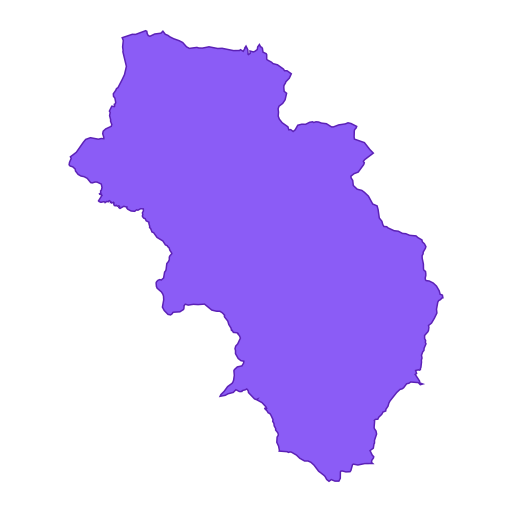 Vama Buzaului, Brasov, Romania (Albers equal-area conic projection)
{"feature_id": "2599482B50417013546573", "entity_name": "Vama Buzaului", "entity_type": "district", "adm_level": 2, "iso_a3": "ROU", "parent_name": "Romania", "parent_adm1": "Brasov", "projection": "albers", "projection_center": [25.997, 45.566], "detail": "fine", "context": "isolated", "style": "filled", "palette": "violet", "viewbox_px": 512, "rotation_deg": 0, "n_neighbors": 0, "source": "geoboundaries", "source_scale": "gbopen_adm2", "svg_char_len": 6016}
<svg xmlns="http://www.w3.org/2000/svg" viewBox="0 0 512 512"><path d="M385.7,411.0L385.9,409.3L388.0,406.2L388.9,403.0L390.1,400.8L396.7,392.5L400.0,389.4L402.0,388.9L403.6,387.8L406.6,383.8L409.0,383.2L410.7,382.0L418.3,382.6L420.3,384.7L422.7,384.0L419.9,383.0L419.5,381.0L415.2,374.4L416.6,373.5L415.6,370.5L418.4,369.8L419.2,370.2L420.4,369.6L420.3,368.9L420.9,367.3L421.5,362.2L421.4,360.0L422.0,358.1L421.5,355.2L422.8,351.7L423.9,350.5L424.1,348.2L426.0,343.8L425.4,342.6L425.6,340.4L424.6,338.6L424.6,335.5L427.9,331.7L428.5,330.3L428.9,327.4L428.5,325.5L431.5,323.1L434.4,318.2L436.9,313.0L436.5,309.2L437.8,302.1L438.7,300.6L440.5,299.6L442.0,298.0L442.9,297.8L442.4,295.1L440.1,294.2L439.2,290.8L436.5,286.1L433.2,283.0L429.2,281.0L426.2,280.6L425.5,279.9L425.2,278.1L425.8,275.6L425.8,273.7L425.5,271.4L424.0,270.3L423.5,269.1L423.4,264.1L422.2,258.3L422.1,255.7L423.1,253.9L423.2,252.1L425.4,248.3L425.9,246.6L424.4,243.8L422.4,241.9L421.9,239.9L417.9,237.6L416.0,235.9L409.6,235.3L405.8,233.7L402.4,233.4L398.3,231.2L394.1,230.7L388.0,227.9L386.7,226.7L383.9,226.5L382.8,224.6L381.9,221.3L379.3,218.0L378.1,209.6L377.1,205.9L372.7,204.0L368.4,196.1L364.4,192.3L361.8,190.4L357.2,189.2L353.3,185.5L352.7,180.4L351.1,177.9L350.9,176.2L354.0,173.7L358.2,172.1L363.7,164.6L364.3,162.7L363.4,161.7L363.6,160.9L365.0,159.4L373.3,153.1L369.8,149.5L364.4,142.6L354.4,139.1L354.1,136.9L354.3,131.0L354.6,129.7L356.2,127.9L356.7,126.4L351.0,123.5L348.0,122.8L345.3,123.9L338.7,124.9L333.5,126.9L331.5,126.9L326.4,123.7L321.5,123.1L318.5,122.0L316.0,121.8L313.7,122.5L312.6,121.8L309.6,122.3L305.6,124.3L301.8,124.2L297.8,125.2L295.1,129.9L293.1,131.5L290.7,129.6L288.8,129.8L287.9,126.8L282.1,122.7L279.3,119.1L278.2,116.1L278.5,112.2L278.1,108.8L279.0,106.2L282.7,103.4L285.1,99.8L286.6,93.3L284.2,91.4L283.8,87.8L283.9,85.6L285.6,82.7L285.8,81.8L289.3,78.2L291.3,73.8L287.1,70.8L284.5,70.7L283.5,69.1L277.5,64.8L273.0,63.6L271.5,62.2L267.3,59.9L266.7,59.3L266.7,54.7L266.2,53.7L263.0,52.1L262.4,48.3L261.7,47.3L260.6,46.8L259.4,44.5L257.7,46.9L257.3,49.5L254.8,51.4L253.3,51.9L250.0,51.0L250.2,53.4L248.4,54.6L248.1,54.3L247.8,49.8L246.0,46.1L244.8,47.9L245.1,48.1L243.2,51.3L240.5,49.7L239.5,50.5L233.5,50.6L222.1,48.3L217.7,48.5L209.0,46.8L202.4,48.1L198.8,48.0L196.9,47.4L189.4,48.4L186.5,46.8L182.7,42.5L179.2,40.7L173.6,38.7L170.0,36.9L167.8,35.3L165.3,34.3L162.9,31.2L160.9,33.2L154.7,34.0L149.9,36.3L148.2,35.5L147.2,33.6L146.8,31.3L145.6,30.7L135.6,34.4L132.3,34.3L122.2,37.7L123.3,40.5L122.6,46.9L123.1,50.4L122.9,51.8L126.4,66.4L124.5,74.6L122.3,79.3L118.0,87.6L116.5,88.6L115.7,90.4L113.3,93.8L113.5,96.4L114.9,98.1L115.7,102.4L115.3,103.8L114.3,104.3L114.7,106.0L114.3,106.6L111.8,106.2L109.4,111.1L110.2,112.5L109.6,115.6L110.6,119.5L110.6,121.4L111.8,124.4L111.3,126.3L105.7,128.9L103.2,131.2L102.7,133.7L103.8,137.3L103.8,138.7L101.2,138.5L98.4,139.2L90.4,137.7L85.7,139.4L83.4,142.2L76.3,152.3L70.4,156.8L71.2,158.4L69.5,162.4L69.1,164.8L70.1,166.0L72.7,166.8L74.6,168.5L75.2,169.1L75.5,171.0L78.1,174.4L80.9,176.0L84.2,176.7L87.2,178.3L90.7,182.6L92.3,182.9L95.1,182.0L97.1,182.1L101.3,184.1L102.0,187.6L101.3,190.3L100.6,190.9L100.8,193.0L99.5,193.8L99.8,194.3L101.5,194.4L101.4,195.5L101.8,195.6L98.5,200.9L99.2,201.6L100.9,202.3L103.7,201.7L104.8,202.0L105.1,202.6L106.9,201.4L108.2,201.8L108.5,201.2L109.5,200.7L110.5,201.7L110.5,202.4L111.7,201.9L111.3,202.4L111.7,203.0L113.5,202.3L114.0,203.0L113.7,203.9L114.3,205.5L115.3,205.8L116.2,205.3L117.3,206.2L118.8,205.8L119.5,206.4L118.8,207.5L120.0,208.4L123.8,206.3L127.0,207.1L126.7,207.9L127.7,209.2L131.1,211.0L134.7,211.3L136.6,209.8L137.9,210.2L140.7,208.7L143.3,208.9L143.4,211.0L142.4,212.8L142.8,214.8L142.4,215.6L142.5,216.6L143.8,218.2L145.1,218.6L146.2,220.8L148.9,222.2L148.9,223.5L149.7,226.3L149.6,227.6L150.6,228.5L152.0,232.0L153.6,232.6L157.0,237.4L162.9,241.0L165.4,244.9L167.3,245.7L167.7,246.6L169.1,247.8L169.9,250.3L171.6,252.9L171.8,253.7L169.9,255.8L169.3,257.1L169.3,259.6L168.6,261.3L166.8,263.6L166.1,269.4L165.7,270.7L164.6,272.1L163.6,278.0L161.3,280.0L159.7,279.6L158.0,280.3L156.6,281.7L156.1,282.9L156.4,286.4L157.2,288.3L161.4,291.9L162.8,294.1L163.5,296.1L163.7,299.9L162.4,307.1L164.2,310.5L168.0,314.4L170.6,314.9L172.4,313.5L172.8,312.5L173.7,312.2L179.9,311.8L183.5,309.5L183.9,308.4L184.1,305.6L185.3,304.2L188.2,305.1L193.4,304.3L198.1,304.6L204.5,304.1L211.8,310.1L216.4,311.2L219.9,311.3L222.3,312.8L224.6,315.2L224.3,316.0L224.6,317.0L227.8,321.1L228.8,324.5L231.0,328.1L231.5,330.4L232.1,330.3L233.4,332.4L237.1,332.8L238.1,333.4L237.8,333.8L239.4,335.6L240.4,338.1L237.7,343.9L235.7,346.1L235.0,348.7L235.5,350.6L235.5,353.7L238.2,358.5L241.0,360.7L243.8,361.2L243.6,363.1L241.9,365.9L237.3,366.9L234.5,369.5L233.9,370.7L234.3,375.4L233.6,380.2L232.9,382.1L232.1,383.3L227.6,386.6L224.2,391.3L220.9,394.6L220.1,396.3L225.3,395.3L228.0,393.8L233.3,392.4L235.9,389.7L239.3,391.5L240.7,391.6L242.0,391.4L242.3,390.6L245.6,389.7L246.5,389.0L247.3,389.4L248.2,390.8L248.5,392.6L254.5,398.9L256.3,399.6L257.6,399.0L257.0,399.9L262.0,402.6L265.9,406.8L266.7,408.4L266.3,409.0L264.5,407.9L265.2,409.1L266.9,410.7L268.2,412.8L269.9,413.6L270.9,415.1L273.0,419.6L272.7,421.4L273.9,423.3L274.2,425.9L275.7,428.6L275.6,430.0L277.8,432.8L278.3,434.4L278.2,435.4L277.1,437.1L276.8,442.3L278.6,446.2L279.4,450.4L279.2,451.1L287.2,451.7L288.4,452.4L290.0,451.9L291.5,452.2L296.5,455.1L299.9,458.4L304.6,461.0L308.0,461.0L310.9,462.3L313.9,465.0L318.6,471.2L323.8,475.2L325.0,476.4L326.7,479.5L329.0,481.3L331.3,479.6L334.9,481.1L338.9,481.1L340.3,478.3L340.4,471.9L340.9,471.1L342.3,471.0L345.9,471.9L350.0,471.7L350.9,470.5L352.5,464.7L353.3,464.1L357.9,465.0L364.6,463.6L372.7,463.5L371.5,462.4L371.8,460.3L373.5,457.9L373.7,456.6L372.3,455.2L370.0,450.6L373.3,448.2L374.0,443.9L374.5,443.1L374.5,440.3L376.6,434.0L376.0,431.0L374.4,428.7L374.1,427.5L374.6,421.4L374.3,420.4L375.4,419.4L377.8,419.2L378.7,417.3L381.7,414.4L383.0,412.0L385.7,411.0Z" fill="#8b5cf6" stroke="#5b21b6" stroke-width="1.5"/></svg>